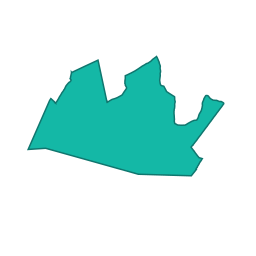 the district of Edam-Volendam, Noord-Holland, Netherlands, rotated 130°
{"feature_id": "6326949B91205406123023", "entity_name": "Edam-Volendam", "entity_type": "district", "adm_level": 2, "iso_a3": "NLD", "parent_name": "Netherlands", "parent_adm1": "Noord-Holland", "projection": "equal_earth", "projection_center": [4.993, 52.549], "detail": "fine", "context": "isolated", "style": "filled", "palette": "teal", "viewbox_px": 256, "rotation_deg": 130, "n_neighbors": 0, "source": "geoboundaries", "source_scale": "gbopen_adm2", "svg_char_len": 5042}
<svg xmlns="http://www.w3.org/2000/svg" viewBox="0 0 256 256"><g transform="rotate(130 128 128)"><path d="M156.8,90.4L123.9,48.8L115.8,49.0L115.8,49.4L115.8,49.5L115.7,49.5L115.0,49.6L114.7,49.7L114.5,49.8L113.8,49.7L113.5,49.7L113.3,49.8L113.1,49.9L113.0,50.0L112.5,50.1L112.0,50.2L111.7,50.2L111.4,50.2L111.0,50.3L110.5,50.4L109.6,50.5L109.4,50.7L109.1,50.7L107.6,51.0L107.4,51.0L107.4,50.9L106.1,51.0L105.4,51.1L104.5,51.3L103.7,51.4L105.1,54.6L104.9,55.3L104.8,55.9L104.7,56.5L104.6,57.0L104.5,57.4L104.2,58.6L103.8,60.6L103.4,61.9L103.3,62.1L103.2,62.2L103.2,62.4L103.3,62.4L102.8,64.6L102.4,66.3L102.1,67.4L100.4,67.4L99.7,67.4L99.5,67.2L99.2,67.2L99.1,67.3L98.9,67.4L97.4,67.4L96.8,67.4L96.6,67.5L95.5,67.5L94.9,67.5L93.6,67.5L92.4,67.6L91.9,67.7L90.2,67.8L87.8,67.9L87.0,67.9L85.7,68.0L84.5,68.1L83.8,68.1L83.0,68.2L82.2,68.2L81.8,68.2L81.0,68.3L80.3,68.3L79.4,68.4L78.4,68.4L78.2,68.4L78.1,68.5L77.9,68.5L77.0,68.5L75.9,68.5L75.6,68.5L75.3,68.6L75.1,68.6L74.8,68.6L74.6,68.6L74.0,68.7L73.5,68.7L72.9,68.8L71.8,68.8L70.9,68.9L70.4,68.9L69.9,68.9L69.3,68.9L68.5,69.0L68.2,69.0L67.4,69.1L67.2,69.1L66.3,69.1L65.8,69.2L65.5,69.2L64.7,69.3L64.4,69.3L64.0,69.3L63.0,69.3L61.6,69.4L60.9,69.4L60.3,69.5L59.8,69.5L59.3,69.6L59.0,69.6L58.6,69.6L57.7,69.6L57.3,69.6L56.9,69.7L56.6,69.7L55.9,69.7L54.7,69.8L54.4,69.8L52.9,69.9L52.6,69.9L51.9,69.9L50.6,70.0L48.7,70.2L47.9,70.2L47.5,70.7L47.4,70.8L47.4,71.4L47.7,73.2L47.8,73.6L47.9,73.8L48.6,74.6L48.8,74.9L48.9,75.1L49.1,75.4L49.6,77.2L49.8,77.6L49.8,77.8L50.3,78.4L51.1,79.5L51.7,80.3L51.9,80.7L52.0,80.9L52.1,81.5L52.2,81.8L52.4,82.9L52.5,83.9L52.3,85.3L52.1,86.0L52.0,86.6L51.9,87.5L52.0,87.8L52.4,88.4L52.5,88.6L52.7,88.8L52.9,89.0L53.0,89.1L53.4,89.2L53.6,89.2L54.4,89.1L56.0,88.8L56.4,88.8L56.9,88.6L57.1,88.5L57.8,88.2L58.0,88.1L60.6,87.3L60.8,87.2L61.3,86.9L61.9,86.5L62.2,86.2L62.3,86.0L62.4,85.8L62.5,85.7L64.4,84.6L64.7,84.4L66.4,83.6L66.8,83.4L67.1,83.3L68.2,82.9L70.1,82.6L70.9,82.5L71.2,82.4L72.0,82.2L73.1,81.8L74.0,81.3L74.3,81.2L75.1,80.9L77.3,80.5L77.5,80.5L77.8,80.5L78.0,80.6L78.4,81.0L79.0,81.6L79.6,82.2L79.9,82.4L80.1,82.5L80.9,82.9L81.6,83.3L82.3,83.6L82.8,83.8L84.1,84.3L85.9,85.0L87.8,85.6L89.0,86.1L89.3,86.3L89.8,86.9L90.3,87.5L91.0,88.2L91.6,88.9L92.2,89.7L92.7,90.4L93.3,91.2L93.6,91.6L93.8,92.0L93.9,92.4L94.0,92.7L94.0,93.0L94.1,93.7L94.2,93.9L94.3,94.2L94.5,95.1L94.4,95.2L94.1,95.6L93.8,95.9L93.6,96.1L93.4,96.6L92.7,97.2L92.1,97.6L91.5,98.0L91.2,98.3L90.9,98.6L90.4,99.1L90.1,99.4L89.3,100.1L89.1,100.3L88.4,101.0L88.1,101.3L87.2,102.2L86.8,102.5L86.2,103.0L85.7,103.5L85.2,103.7L84.2,104.5L83.8,104.7L83.0,105.0L82.7,105.2L81.6,106.0L81.4,106.1L81.1,106.3L80.2,107.2L79.9,107.4L79.4,107.8L79.0,108.0L78.0,108.5L77.8,108.6L77.5,108.8L77.0,109.4L76.8,109.8L76.6,110.1L75.3,111.3L74.4,112.1L74.2,112.4L74.1,112.5L74.3,113.7L75.0,119.0L75.2,121.0L75.3,121.8L75.2,122.2L74.8,122.9L73.2,126.9L73.1,127.2L73.0,127.4L73.0,127.5L73.5,128.5L73.8,129.0L74.1,129.9L74.1,130.1L74.1,130.3L73.7,131.2L73.3,131.9L73.2,132.0L71.2,134.3L70.9,134.5L70.5,134.8L69.3,135.6L69.1,135.7L67.7,136.6L67.2,136.9L65.6,138.4L65.5,138.5L64.1,139.1L63.9,139.3L63.2,139.9L61.9,141.5L61.7,141.7L60.9,142.3L60.5,142.6L60.1,142.8L59.9,143.0L59.5,143.5L58.3,145.6L57.6,146.4L57.2,147.1L56.7,148.2L56.3,148.9L55.9,149.8L55.4,150.7L55.0,151.9L54.9,152.1L58.3,152.9L59.4,153.2L60.4,153.3L61.6,153.4L62.2,153.4L62.7,153.6L63.1,153.7L65.2,154.3L65.5,154.4L65.9,154.7L66.5,155.1L67.4,155.5L67.9,155.6L68.9,155.9L71.5,156.9L74.8,157.8L76.5,158.3L79.4,159.2L80.7,159.7L83.4,160.8L83.5,160.8L85.4,161.7L87.5,162.6L89.7,163.7L91.7,162.0L92.4,161.5L92.7,161.3L93.1,161.0L93.4,160.8L93.5,160.9L93.8,160.6L94.3,160.3L95.0,159.7L95.5,159.3L95.7,159.2L95.9,159.0L96.2,158.3L96.7,157.7L96.9,157.6L97.1,157.3L97.2,157.0L97.6,155.8L97.8,155.3L98.1,155.0L98.3,154.8L98.6,154.7L98.9,154.6L99.2,154.5L103.0,154.2L105.1,153.9L106.1,153.8L106.4,153.8L106.7,153.8L106.9,153.9L107.2,154.0L107.8,154.2L110.0,155.1L110.8,155.4L111.1,155.5L112.3,156.1L113.6,156.8L115.2,157.8L115.9,158.3L116.4,158.6L116.7,158.7L117.1,158.9L119.2,159.6L121.6,160.4L121.1,161.0L121.4,161.1L95.3,194.6L106.0,199.6L107.7,200.4L121.2,206.6L121.7,206.8L121.6,207.2L122.4,206.5L123.0,206.3L123.7,205.9L125.4,205.0L125.7,204.9L126.3,204.5L126.9,204.1L127.0,204.1L127.4,204.1L127.5,203.9L127.8,202.4L128.7,202.1L130.7,202.2L130.9,202.5L131.2,202.5L131.3,202.5L132.0,202.6L132.5,202.6L133.5,202.6L134.6,202.6L135.3,202.6L136.7,202.3L139.2,201.6L139.3,201.6L139.7,201.7L140.1,201.6L141.1,201.4L142.2,201.3L143.3,201.3L143.8,201.2L145.8,200.8L147.7,200.6L148.9,200.4L149.9,200.1L150.7,200.0L152.6,199.7L153.9,199.5L155.0,199.6L155.4,199.4L155.5,199.3L155.5,199.5L155.6,200.0L155.4,200.0L155.4,200.3L155.4,200.6L155.4,200.9L155.3,201.0L155.4,201.3L155.3,201.5L155.2,201.5L155.2,202.1L155.2,202.8L155.2,203.0L155.2,203.3L155.1,203.5L155.1,203.8L155.1,204.1L155.1,204.3L155.1,205.0L155.1,205.3L155.0,205.5L155.1,205.8L155.1,206.0L157.4,205.7L208.6,190.7L196.5,178.1L176.1,133.1L156.8,90.4Z" fill="#14b8a6" stroke="#0f766e" stroke-width="1.5"/></g></svg>